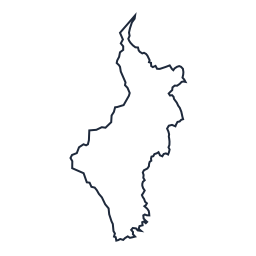 Nova Aurora, Goiás, Brazil (Robinson projection)
{"feature_id": "56859067B32828683439225", "entity_name": "Nova Aurora", "entity_type": "district", "adm_level": 2, "iso_a3": "BRA", "parent_name": "Brazil", "parent_adm1": "Goiás", "projection": "robinson", "projection_center": [-48.279, -18.083], "detail": "fine", "context": "isolated", "style": "outline", "palette": "slate", "viewbox_px": 256, "rotation_deg": 0, "n_neighbors": 0, "source": "geoboundaries", "source_scale": "gbopen_adm2", "svg_char_len": 2438}
<svg xmlns="http://www.w3.org/2000/svg" viewBox="0 0 256 256"><path d="M116.3,240.6L118.2,240.1L120.2,239.0L123.2,239.9L125.0,238.1L127.7,236.4L129.9,237.8L131.9,237.4L135.1,236.6L132.9,234.2L133.0,232.0L131.2,229.9L132.8,228.0L136.0,228.4L137.7,230.4L141.1,230.9L138.7,228.8L139.5,226.1L142.6,225.3L142.2,222.2L143.8,221.5L145.8,223.2L147.1,221.9L145.4,220.4L143.6,218.5L143.3,215.4L144.8,214.5L146.8,215.3L149.3,215.4L149.1,213.0L148.7,210.9L147.2,208.7L144.4,206.2L146.0,205.0L146.9,203.3L145.1,201.8L144.1,199.0L142.8,197.1L141.9,195.0L143.1,193.3L144.7,190.5L143.1,188.1L142.3,185.7L142.3,183.8L142.9,181.8L144.7,180.2L143.3,177.8L143.6,175.0L142.8,172.5L143.9,170.3L147.4,168.5L148.9,166.3L149.1,163.8L149.7,161.8L151.3,160.7L151.0,158.6L151.5,156.6L153.3,156.2L154.4,154.1L156.8,153.3L158.5,152.2L160.0,155.3L162.3,156.3L163.7,154.0L165.9,153.4L168.1,154.5L169.0,152.1L169.6,149.5L168.5,147.3L169.4,145.0L169.5,141.6L169.2,138.7L168.8,136.6L169.1,134.3L168.4,131.5L167.1,128.6L168.8,125.7L172.0,124.9L175.4,126.3L176.1,124.5L177.5,121.9L179.6,121.5L181.2,119.8L183.1,119.2L182.4,116.7L182.0,114.8L181.3,111.7L179.8,107.9L178.2,105.7L176.8,102.7L175.4,100.8L174.0,98.9L173.6,96.9L172.1,95.2L170.0,95.5L168.7,93.5L170.6,91.6L172.2,90.1L172.5,87.4L174.7,85.6L177.1,85.7L179.7,83.9L181.6,81.9L183.4,81.5L185.5,81.9L184.2,79.5L182.5,77.6L183.2,74.6L183.4,72.1L182.9,68.8L181.0,66.8L179.2,66.1L177.0,66.8L174.6,68.4L173.3,70.2L171.9,68.9L169.7,65.4L165.5,67.0L159.8,68.9L157.1,68.8L155.5,65.9L152.8,67.1L151.2,66.0L151.0,62.8L149.0,62.2L149.6,60.2L147.4,55.6L146.0,53.9L144.0,52.8L142.3,53.4L139.8,51.8L138.7,50.4L138.0,47.5L135.4,47.3L132.9,45.4L130.5,42.8L129.3,41.0L128.3,38.8L129.6,35.8L129.0,32.6L130.0,28.2L131.9,22.4L134.6,18.7L135.1,15.4L120.0,32.8L122.9,39.5L120.8,43.4L123.2,46.3L123.2,49.9L120.0,52.3L119.1,56.9L117.2,60.5L116.7,63.0L119.0,65.2L120.0,66.8L120.8,71.6L125.5,82.4L125.0,85.2L127.5,87.8L129.7,93.0L128.9,95.8L123.6,105.1L120.9,105.9L117.3,107.0L115.1,107.3L113.9,111.9L111.6,115.5L111.2,122.2L105.5,127.7L101.8,127.2L96.4,129.8L89.3,130.4L88.9,140.2L87.9,144.3L86.1,145.3L83.5,144.3L79.0,147.3L76.8,153.1L72.0,155.0L70.5,158.0L72.3,161.2L72.2,168.2L83.6,173.2L86.8,182.3L89.6,182.7L91.4,186.8L94.7,187.6L96.8,190.2L98.9,193.9L101.9,197.4L105.2,204.3L108.6,208.4L109.2,214.3L111.5,221.3L112.8,224.0L113.5,231.1L114.9,233.5L114.0,236.6L115.7,237.2L116.3,240.6Z" fill="none" stroke="#1e293b" stroke-width="2"/></svg>